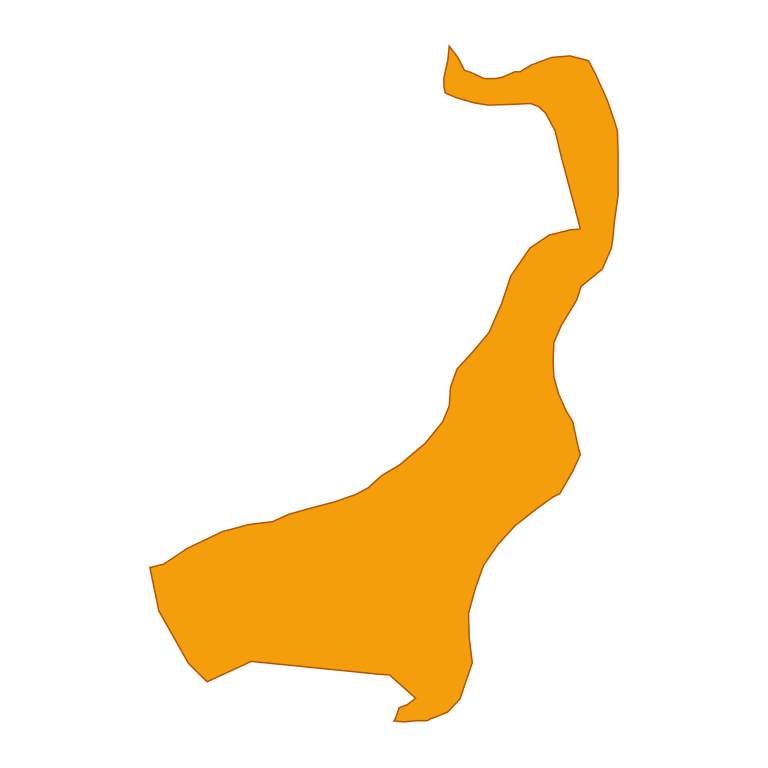 Caico/Millet, Anse-la-Raye, Saint Lucia
{"feature_id": "8701671B86605125061107", "entity_name": "Caico/Millet", "entity_type": "district", "adm_level": 2, "iso_a3": "LCA", "parent_name": "Saint Lucia", "parent_adm1": "Anse-la-Raye", "projection": "robinson", "projection_center": [-60.992, 13.921], "detail": "fine", "context": "isolated", "style": "filled", "palette": "amber", "viewbox_px": 768, "rotation_deg": 0, "n_neighbors": 0, "source": "geoboundaries", "source_scale": "gbopen_adm2", "svg_char_len": 1878}
<svg xmlns="http://www.w3.org/2000/svg" viewBox="0 0 768 768"><path d="M472.3,662.8L469.2,637.7L468.5,613.5L475.3,588.5L483.6,565.2L498.0,544.4L515.3,525.5L537.3,508.2L553.1,497.0L559.9,493.5L572.8,471.1L580.3,454.7L578.1,446.9L572.8,421.9L566.0,410.7L558.4,393.4L553.9,377.0L553.1,361.5L553.9,342.5L561.4,325.2L576.6,300.2L581.1,286.4L602.3,269.1L611.3,248.4L612.8,238.9L614.4,221.7L618.1,194.9L618.1,155.2L617.4,131.0L615.1,123.3L607.5,100.8L595.5,74.1L588.5,60.8L584.9,59.7L581.2,58.8L569.7,55.9L559.5,56.8L551.8,57.4L531.3,65.0L530.0,65.8L520.0,71.8L514.7,71.8L502.8,77.1L496.8,78.3L495.5,78.6L484.3,78.6L477.6,75.6L471.0,72.5L464.4,70.3L461.8,65.2L457.8,57.4L449.2,46.1L448.9,49.1L447.9,59.7L446.0,68.4L443.9,77.8L443.9,86.2L444.6,89.8L445.2,93.0L451.9,95.8L455.8,97.5L473.7,102.8L488.3,105.1L491.5,105.0L514.1,104.3L519.9,104.0L530.6,103.5L535.4,105.3L538.6,106.6L545.5,113.0L555.1,130.8L559.9,151.0L561.8,158.8L563.9,166.6L574.3,205.6L578.1,220.3L580.3,229.1L575.1,229.5L570.4,229.8L549.2,235.1L540.3,241.1L530.0,248.0L510.8,276.0L501.5,303.9L491.0,328.0L488.9,332.7L487.4,334.5L473.0,351.6L459.2,366.7L457.1,369.0L450.5,387.1L449.5,402.0L449.2,406.0L445.8,414.3L442.6,421.9L425.4,443.1L419.8,447.8L399.5,465.0L381.7,475.6L374.9,481.7L368.4,487.7L363.3,490.4L355.8,494.5L344.2,498.5L334.0,502.1L322.3,505.1L310.8,508.1L289.0,514.2L272.4,521.7L247.9,524.7L243.8,525.9L222.7,531.5L197.9,543.3L187.6,548.2L163.8,564.1L153.8,566.6L149.9,567.5L153.4,584.6L158.9,611.0L171.8,633.8L188.3,663.2L207.1,681.8L251.2,661.4L378.4,674.2L389.6,675.0L404.0,687.8L415.6,698.3L406.9,704.9L402.9,706.3L399.1,707.7L397.8,711.8L397.0,714.2L396.1,716.7L395.5,718.3L393.9,721.0L404.0,721.9L416.4,720.7L426.9,720.7L428.0,720.3L429.1,719.8L429.5,719.2L438.9,715.7L447.9,711.9L459.9,699.1L464.8,684.6L470.1,669.2L471.8,664.2L472.3,662.8Z" fill="#f59e0b" stroke="#b45309" stroke-width="1.5"/></svg>